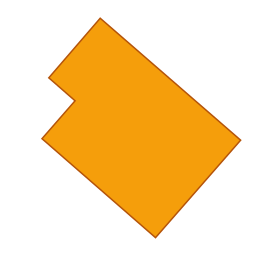 the district of Menard, Texas, United States of America, rotated 221°
{"feature_id": "52423323B56824601140740", "entity_name": "Menard", "entity_type": "district", "adm_level": 2, "iso_a3": "USA", "parent_name": "United States of America", "parent_adm1": "Texas", "projection": "mercator", "projection_center": [-99.789, 30.899], "detail": "fine", "context": "isolated", "style": "filled", "palette": "amber", "viewbox_px": 256, "rotation_deg": 221, "n_neighbors": 0, "source": "geoboundaries", "source_scale": "gbopen_adm2", "svg_char_len": 249}
<svg xmlns="http://www.w3.org/2000/svg" viewBox="0 0 256 256"><g transform="rotate(221 128 128)"><path d="M35.3,63.3L35.0,192.7L221.0,192.6L220.7,113.9L185.8,113.8L185.9,63.5L35.3,63.3Z" fill="#f59e0b" stroke="#b45309" stroke-width="1.5"/></g></svg>